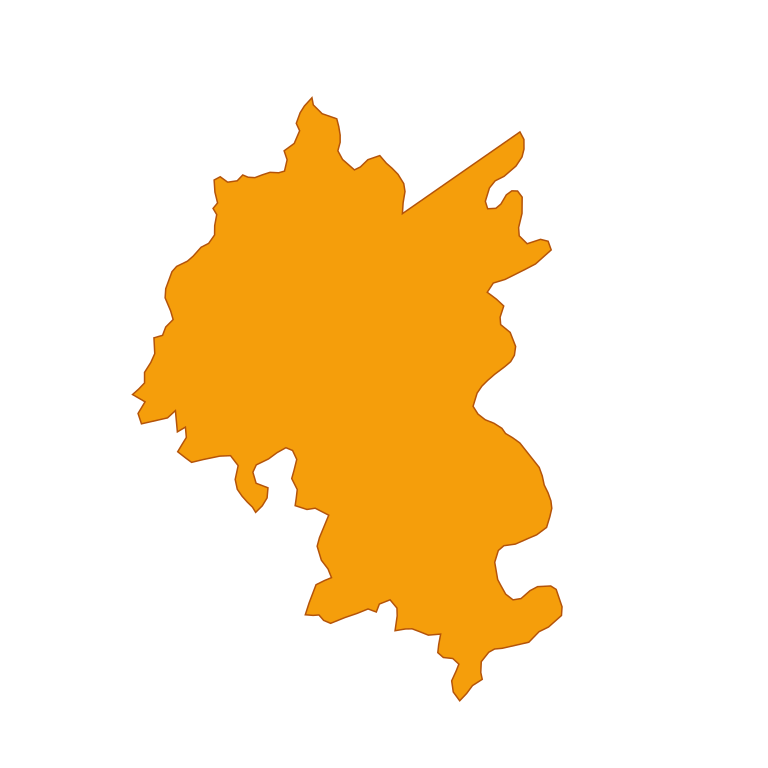 outline of Grandes Rios, Paraná, Brazil, rotated 197°
{"feature_id": "56859067B21622143910331", "entity_name": "Grandes Rios", "entity_type": "district", "adm_level": 2, "iso_a3": "BRA", "parent_name": "Brazil", "parent_adm1": "Paraná", "projection": "equal_earth", "projection_center": [-51.453, -24.192], "detail": "fine", "context": "isolated", "style": "filled", "palette": "amber", "viewbox_px": 768, "rotation_deg": 197, "n_neighbors": 0, "source": "geoboundaries", "source_scale": "gbopen_adm2", "svg_char_len": 2895}
<svg xmlns="http://www.w3.org/2000/svg" viewBox="0 0 768 768"><g transform="rotate(197 384 384)"><path d="M203.7,130.3L207.1,136.4L209.8,146.9L205.4,158.1L200.8,162.9L193.7,165.8L170.0,179.4L163.3,192.5L155.6,199.7L146.6,214.5L148.6,223.0L159.3,237.9L165.5,239.6L177.9,235.1L183.9,229.1L190.2,218.9L197.5,215.3L206.2,218.6L213.7,225.8L218.1,230.2L226.0,245.9L226.0,258.2L222.1,264.4L211.6,269.3L200.7,278.7L193.9,284.4L186.6,294.4L186.6,305.6L187.2,314.2L190.2,321.0L195.3,327.9L201.3,334.3L205.8,342.4L211.2,349.6L236.8,367.3L245.2,370.2L253.3,372.2L258.3,376.1L267.3,378.6L276.7,379.4L285.3,382.7L292.3,388.7L292.3,402.5L289.8,410.5L285.9,417.8L281.1,425.5L273.5,436.0L269.4,442.4L267.7,449.6L269.1,458.4L278.4,470.2L289.8,474.9L292.5,481.8L292.3,493.6L301.3,498.0L312.1,501.9L309.0,512.5L298.8,519.4L282.3,535.1L274.2,543.1L263.3,561.1L268.8,568.5L276.6,568.1L288.1,560.0L298.0,565.2L301.0,572.9L301.9,587.5L306.5,603.1L312.7,607.6L318.2,606.1L322.3,600.7L324.8,590.3L328.4,584.7L336.1,581.9L340.5,588.3L340.5,602.3L337.1,610.8L329.9,617.7L321.5,631.0L318.4,641.5L318.8,649.5L321.7,658.8L327.7,664.8L416.2,552.3L418.7,562.9L420.2,574.2L423.7,581.4L431.9,588.6L439.4,592.7L446.3,595.8L454.8,601.2L465.0,593.8L470.0,584.7L474.9,580.1L481.3,583.0L489.3,586.6L496.3,593.5L496.6,602.3L498.7,609.2L502.5,616.9L506.7,623.8L522.2,624.4L533.2,630.2L536.6,636.7L541.4,626.6L543.5,618.9L544.1,607.6L538.7,601.5L540.2,587.8L547.7,577.8L542.2,570.1L541.4,558.5L546.5,555.2L554.9,553.1L561.6,548.4L567.8,543.6L574.4,542.0L580.2,542.6L583.8,535.4L592.5,531.3L601.2,534.3L606.1,529.4L601.8,518.1L596.1,508.5L598.8,501.9L593.5,497.1L592.2,485.9L589.6,477.0L592.8,467.2L598.9,461.3L603.9,450.4L607.9,444.0L616.7,435.8L619.6,429.4L620.6,411.3L618.5,402.4L609.4,391.5L604.5,384.0L609.4,374.7L610.0,365.8L617.5,360.9L612.1,346.0L613.3,336.4L616.4,325.1L613.3,315.0L617.2,307.3L621.4,300.4L607.3,297.1L610.6,283.9L604.3,275.0L581.1,288.3L575.7,297.6L567.6,277.8L561.3,284.7L557.4,275.1L559.5,267.0L561.5,258.9L551.9,255.2L545.1,252.8L534.8,258.9L520.0,267.0L509.8,270.6L499.6,263.3L498.4,249.2L493.5,240.4L486.9,235.2L480.0,231.0L473.8,227.8L469.2,223.7L464.8,231.9L462.5,240.9L464.6,250.8L477.3,251.7L483.6,261.3L482.5,269.3L472.5,278.6L466.2,287.1L459.2,294.4L452.0,293.7L445.4,286.4L444.8,275.1L444.6,266.6L436.1,257.7L434.5,248.9L433.4,241.7L421.0,241.5L413.5,245.1L398.5,242.4L400.8,218.2L400.5,209.3L392.4,197.2L383.5,190.8L377.6,183.5L383.4,178.7L390.3,172.2L391.6,152.9L391.8,140.3L384.1,142.0L378.7,144.1L372.6,140.3L365.1,139.5L353.0,149.3L342.6,156.8L333.5,164.2L324.7,163.7L324.1,172.2L315.1,179.4L306.1,173.5L303.6,166.1L301.3,151.3L291.9,156.0L285.5,158.1L277.8,157.6L268.2,156.8L256.7,161.4L255.5,150.8L254.0,142.8L247.3,139.8L238.0,141.6L230.5,138.0L231.1,130.6L232.5,119.9L227.7,109.7L219.0,103.2L214.5,112.2L211.2,121.5L203.7,130.3Z" fill="#f59e0b" stroke="#b45309" stroke-width="1.5"/></g></svg>